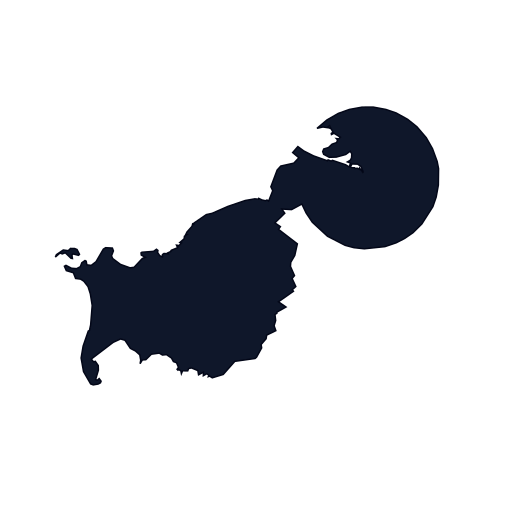 Sligo-Strandhill Lea-6, Sligo, Ireland, rotated 334°
{"feature_id": "5873133B64230948512776", "entity_name": "Sligo-Strandhill Lea-6", "entity_type": "district", "adm_level": 2, "iso_a3": "IRL", "parent_name": "Ireland", "parent_adm1": "Sligo", "projection": "orthographic", "projection_center": [-8.544, 54.265], "detail": "fine", "context": "isolated", "style": "filled", "palette": "ink", "viewbox_px": 512, "rotation_deg": 334, "n_neighbors": 0, "source": "geoboundaries", "source_scale": "gbopen_adm2", "svg_char_len": 3360}
<svg xmlns="http://www.w3.org/2000/svg" viewBox="0 0 512 512"><g transform="rotate(334 256 256)"><path d="M366.8,168.0L372.7,169.4L378.0,173.0L377.1,171.5L379.3,171.1L379.2,173.7L378.1,173.1L379.3,174.8L379.5,178.5L377.4,178.8L377.1,179.9L379.9,179.9L383.9,186.2L381.7,187.0L379.7,185.7L380.2,187.4L378.2,189.4L373.4,188.8L368.7,190.3L363.8,189.5L361.7,191.4L361.4,194.3L365.1,199.4L371.5,202.3L381.1,204.1L386.6,203.1L386.9,206.1L384.8,209.8L382.6,211.3L379.4,211.5L381.7,213.9L379.0,216.6L379.7,217.3L382.7,215.4L387.6,218.0L389.6,221.5L389.3,227.4L388.6,227.7L387.6,222.3L386.7,223.3L385.5,221.5L383.2,220.8L383.3,219.9L381.1,218.8L379.6,217.2L378.6,216.5L376.5,213.2L366.6,203.5L365.2,203.7L362.9,201.2L361.9,201.7L351.6,191.2L345.0,182.5L341.6,176.0L334.3,179.1L337.6,186.5L330.7,189.1L317.7,186.0L312.7,188.0L299.7,200.3L299.7,204.6L291.4,212.2L290.4,210.5L288.8,210.5L286.0,208.3L283.7,205.4L283.1,206.0L280.0,204.1L270.7,201.4L252.5,199.1L235.3,198.4L229.5,197.0L214.7,199.2L213.8,199.7L214.0,200.9L213.1,199.4L211.5,201.3L204.6,204.1L202.0,206.1L202.9,206.5L200.3,206.9L199.0,209.0L193.5,210.5L194.7,211.7L189.9,213.4L190.5,212.2L189.3,211.4L189.2,214.2L182.5,213.7L181.7,214.4L182.1,213.6L181.4,214.6L177.9,214.5L178.0,215.5L174.4,213.4L172.6,213.7L171.5,215.3L172.5,215.7L171.4,215.8L169.6,213.5L169.1,209.6L170.3,208.0L169.5,206.3L166.0,206.9L155.1,202.6L154.0,202.8L153.3,204.9L155.9,208.6L152.7,208.4L141.5,212.7L137.6,211.4L130.5,204.1L126.1,195.5L126.2,192.5L130.1,188.9L130.4,185.9L124.5,182.6L121.8,182.9L109.7,191.0L103.8,192.2L100.1,189.8L101.1,186.2L100.3,185.1L96.5,185.7L93.4,188.6L89.2,188.7L84.8,186.1L81.1,181.1L79.3,181.2L79.1,186.0L84.5,191.0L84.0,197.1L88.2,199.9L90.2,203.2L91.6,209.9L90.5,217.4L87.1,228.6L77.2,245.4L73.6,250.0L72.4,249.9L61.1,261.2L54.1,271.0L50.3,284.3L51.3,298.5L53.2,300.5L58.0,301.9L60.6,301.8L61.9,300.6L61.3,297.4L59.0,298.1L57.7,296.7L64.3,289.5L66.2,285.3L65.4,280.2L63.6,280.0L62.8,276.4L89.8,271.0L97.9,271.2L101.3,274.3L102.6,284.0L106.0,288.5L108.2,293.9L106.7,299.1L104.6,302.0L108.3,299.6L111.5,300.9L118.9,298.4L126.5,300.9L128.5,304.0L132.3,305.4L135.3,310.7L135.5,314.7L137.8,317.1L137.5,322.1L135.4,323.2L135.8,324.4L137.8,324.1L137.0,324.5L138.1,326.3L137.4,329.0L139.7,327.0L144.3,329.3L146.1,327.6L148.9,328.3L153.5,333.5L152.3,337.6L157.8,337.4L156.2,340.5L160.1,340.2L161.4,342.5L160.3,343.5L161.7,343.7L163.3,346.3L174.6,348.1L190.8,341.4L210.2,347.7L212.1,347.2L220.8,341.1L221.8,337.8L228.8,334.8L230.9,331.8L241.1,331.8L241.7,326.6L245.4,322.6L247.4,316.9L249.7,316.6L250.2,315.6L260.6,315.0L256.1,307.0L274.2,304.1L273.8,302.2L278.4,300.9L278.6,292.0L282.0,290.5L282.4,280.5L284.5,276.9L291.1,272.5L298.5,263.2L287.9,241.9L290.8,240.3L287.5,234.5L300.6,230.2L299.8,225.1L308.3,229.9L320.0,229.4L319.9,239.3L321.4,250.3L328.9,269.6L340.8,285.5L347.6,291.4L356.5,297.0L376.0,304.1L387.8,305.6L397.3,305.4L407.3,303.9L419.1,299.9L436.6,289.2L443.8,282.0L451.0,272.2L458.4,257.5L460.3,250.4L461.7,236.9L460.9,224.3L457.3,210.4L452.2,199.6L444.7,188.9L437.0,181.2L426.6,173.5L416.6,168.7L404.2,165.2L392.5,163.9L379.4,164.8L366.8,168.0ZM96.2,169.7L92.6,167.9L89.6,168.9L85.4,166.1L77.2,167.3L75.2,169.0L81.1,167.4L82.8,169.2L86.0,169.5L88.7,176.9L89.9,177.8L90.9,174.6L92.4,173.9L96.8,177.6L98.1,177.1L98.0,171.7L96.2,169.7Z" fill="#0f172a" stroke="#020617" stroke-width="1.5"/></g></svg>